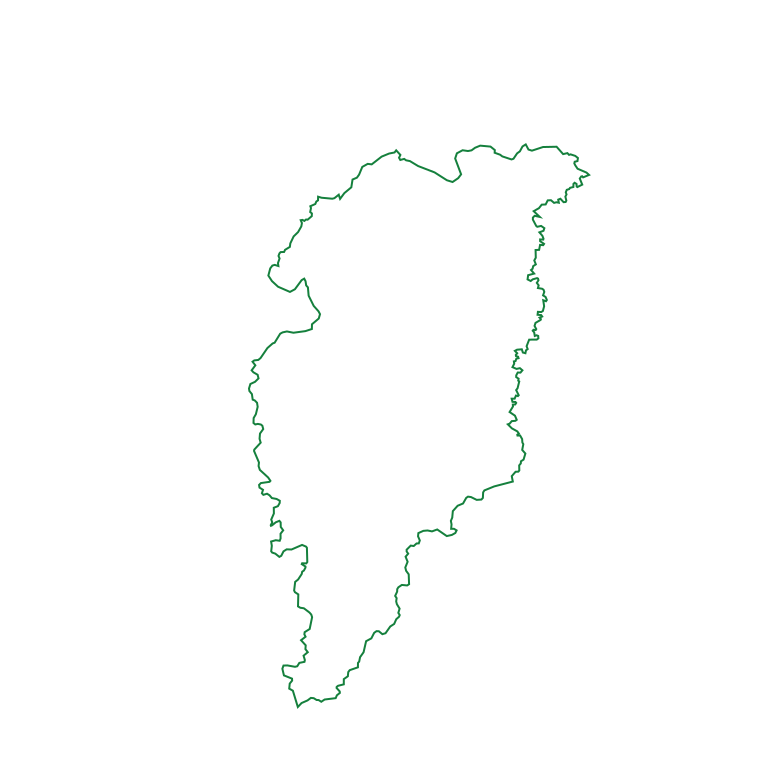 Soavinandriana, Itasy, Madagascar (Albers equal-area conic projection), rotated 312°
{"feature_id": "10022922B59328070281510", "entity_name": "Soavinandriana", "entity_type": "district", "adm_level": 2, "iso_a3": "MDG", "parent_name": "Madagascar", "parent_adm1": "Itasy", "projection": "albers", "projection_center": [46.563, -19.219], "detail": "fine", "context": "isolated", "style": "outline", "palette": "green", "viewbox_px": 768, "rotation_deg": 312, "n_neighbors": 0, "source": "geoboundaries", "source_scale": "gbopen_adm2", "svg_char_len": 6160}
<svg xmlns="http://www.w3.org/2000/svg" viewBox="0 0 768 768"><g transform="rotate(312 384 384)"><path d="M681.7,376.9L681.5,373.5L679.5,369.0L678.1,368.2L678.3,365.8L674.7,363.3L675.8,353.5L666.5,343.6L656.4,337.8L654.9,334.5L656.9,329.0L653.2,328.0L647.8,329.3L644.5,328.6L638.0,329.5L636.2,328.5L632.3,319.6L632.1,316.9L629.9,311.5L632.0,309.8L631.7,304.3L625.5,296.0L620.5,293.6L616.2,292.7L613.3,290.5L610.3,286.0L604.2,283.8L599.2,286.0L591.4,301.0L586.6,301.4L580.0,299.8L577.5,294.4L575.1,280.0L568.8,263.5L567.0,254.1L565.0,250.7L564.8,248.4L561.4,246.2L562.2,243.8L565.2,242.9L565.8,236.7L563.1,236.9L558.7,233.6L551.4,230.1L539.0,227.9L536.7,224.6L530.8,222.6L522.9,225.4L519.2,225.8L514.9,223.8L508.3,228.1L499.3,226.8L492.2,227.5L494.4,223.7L488.9,222.8L487.1,221.6L480.6,212.9L479.1,209.7L476.3,212.1L474.3,211.6L471.8,212.5L466.8,210.3L465.9,212.0L462.4,214.1L462.5,216.3L460.4,218.0L455.0,217.3L454.1,216.0L451.9,215.7L451.4,213.6L450.0,212.5L448.7,215.3L445.8,217.1L439.4,218.5L433.2,218.1L425.8,220.3L422.9,222.3L417.5,220.7L415.3,221.4L412.8,218.9L411.1,218.9L408.6,219.9L407.4,222.4L402.9,224.3L401.0,226.6L399.4,223.1L397.3,221.8L393.8,222.1L387.2,225.5L385.5,231.9L385.4,240.2L389.5,252.5L394.8,254.4L406.1,253.3L408.9,254.2L407.9,256.9L405.2,260.2L404.9,262.8L399.2,268.9L395.0,279.5L394.2,286.7L393.1,289.7L389.0,291.7L380.2,290.5L376.6,293.6L370.7,290.2L361.5,282.4L358.1,276.7L354.5,274.1L351.9,273.2L341.5,275.1L339.6,274.1L332.7,273.3L320.7,274.9L317.8,274.5L314.7,271.8L312.6,271.4L311.8,275.9L305.6,276.5L305.3,279.1L306.3,283.9L304.2,287.0L299.3,286.7L294.6,284.7L290.3,286.7L288.7,288.7L288.1,292.6L284.5,296.9L285.3,298.9L285.1,302.2L282.5,305.4L275.8,309.0L271.5,309.9L267.7,313.1L267.8,315.4L269.9,316.9L271.5,319.6L271.6,321.5L269.7,324.4L264.2,325.0L260.0,328.2L257.9,331.6L248.5,331.5L247.3,332.2L242.0,343.6L239.1,345.7L237.1,349.2L237.0,360.5L236.0,364.4L234.7,364.4L228.0,358.8L225.4,358.7L223.7,360.8L224.4,364.9L221.1,366.4L220.9,368.5L224.2,370.5L224.7,373.4L224.2,377.0L226.7,381.1L227.5,384.7L225.8,386.1L222.2,386.9L218.3,384.9L214.1,388.8L207.8,390.9L206.4,393.5L203.3,394.3L203.0,394.9L204.1,395.4L208.8,396.1L212.3,397.8L212.0,399.8L208.7,402.9L207.8,407.0L203.5,407.3L200.0,410.5L197.7,411.4L195.5,408.1L191.4,405.5L188.7,408.9L184.2,412.1L183.9,413.7L185.2,416.7L185.5,421.9L187.6,422.6L192.4,421.3L196.0,422.3L199.1,426.0L209.6,430.8L211.0,434.9L210.7,436.3L200.4,446.1L198.7,446.3L196.0,443.1L195.1,443.4L195.8,447.8L195.0,448.5L191.8,449.3L189.8,448.8L187.7,450.0L181.2,451.0L177.5,450.4L170.4,455.4L169.7,457.1L170.3,461.1L161.2,468.9L161.7,471.5L163.7,474.5L164.3,481.5L164.0,484.2L162.6,486.6L152.2,492.7L146.5,491.1L144.7,492.3L143.7,494.8L138.1,493.8L137.4,500.7L134.4,503.0L133.7,506.8L128.3,506.0L125.9,509.9L124.3,510.8L120.1,507.7L116.2,508.4L114.3,507.1L110.2,500.5L107.5,497.7L104.4,499.0L100.5,504.6L103.5,512.8L102.1,514.2L98.3,514.4L94.2,517.4L95.1,521.5L86.3,536.1L91.7,536.2L97.7,538.9L101.8,539.7L103.5,542.0L104.1,545.4L105.4,546.9L105.9,550.0L109.8,551.0L118.2,558.3L121.1,557.3L124.9,557.9L125.9,556.8L126.4,552.1L127.3,551.5L129.0,551.8L133.9,555.1L137.8,551.6L142.6,552.7L146.0,550.2L148.4,550.0L156.0,554.2L159.3,551.3L161.1,551.3L165.0,549.0L171.0,548.3L180.9,542.8L186.5,544.8L192.5,543.2L195.3,543.8L196.8,545.6L197.0,550.2L199.8,551.9L208.0,550.9L212.5,552.1L217.4,550.5L221.1,550.9L222.8,550.3L223.5,547.8L227.5,545.9L229.0,540.9L230.6,538.5L233.3,536.7L234.0,534.1L238.5,532.7L240.4,531.1L242.5,530.7L246.6,531.7L249.8,536.0L252.0,536.6L259.1,529.7L260.0,525.4L261.9,522.6L267.7,520.5L270.1,515.6L274.1,515.5L274.7,512.9L276.0,511.7L281.8,512.0L283.5,514.5L287.3,514.9L288.8,516.5L291.7,515.3L293.6,511.2L296.2,509.3L301.2,511.5L304.3,514.4L306.6,518.3L311.5,520.9L313.0,532.4L317.2,535.4L321.0,536.7L323.8,535.9L323.2,532.9L321.3,530.8L324.9,528.1L327.0,525.3L330.4,524.1L335.6,520.2L342.8,520.2L348.1,522.7L354.4,521.3L356.5,521.8L358.2,524.3L359.9,530.4L363.3,533.7L365.5,533.7L369.8,530.2L372.1,529.8L381.6,534.4L397.7,545.0L401.0,540.6L406.8,540.5L408.8,542.5L410.3,542.4L414.0,538.9L416.5,538.8L418.2,537.5L421.2,538.3L426.9,535.6L427.5,530.8L432.5,527.8L433.1,526.0L435.5,523.5L436.8,519.6L435.0,517.7L435.5,517.0L437.4,517.4L438.0,514.8L436.6,508.7L436.9,503.0L438.6,503.9L441.9,503.8L444.6,506.3L446.2,506.6L448.1,502.5L447.2,496.1L453.6,494.9L454.9,493.5L456.6,495.2L458.4,494.9L458.6,493.7L456.7,491.4L458.5,488.7L460.5,490.9L463.7,489.8L464.6,491.6L465.8,491.6L467.9,486.3L470.2,486.1L476.4,482.8L476.3,481.5L478.0,480.5L477.6,477.6L478.9,476.5L482.0,475.7L483.8,477.8L486.8,477.7L486.7,474.4L483.9,472.4L482.5,468.2L486.2,467.2L487.7,465.4L489.0,466.4L491.4,465.4L493.2,466.7L494.0,465.4L493.1,463.4L493.8,462.5L496.0,462.4L496.2,459.1L498.5,459.9L502.0,463.2L500.3,466.1L501.5,468.5L504.0,467.0L506.1,467.4L507.5,464.7L514.1,462.2L519.2,467.8L521.2,468.2L522.9,466.4L522.3,464.8L520.6,463.9L522.9,461.0L523.1,458.9L524.3,458.8L525.6,460.6L526.7,460.4L527.9,457.0L530.8,455.7L536.5,457.5L537.2,457.2L537.4,455.2L540.0,456.4L540.4,454.7L538.2,451.8L540.6,450.1L542.7,452.7L544.6,453.2L548.9,451.0L552.8,446.3L553.9,449.0L555.4,448.8L556.8,445.8L556.3,442.9L559.7,441.5L560.8,439.5L560.6,437.8L558.3,434.2L560.8,432.9L561.4,429.9L564.4,429.4L565.4,428.0L565.1,426.9L561.3,424.5L558.7,424.1L557.8,420.7L561.3,418.3L566.5,421.7L567.1,417.0L569.1,417.3L571.4,416.0L574.5,416.8L576.4,413.0L579.4,412.3L585.0,407.0L587.5,409.5L591.8,406.9L593.7,409.4L595.2,409.2L594.6,404.5L595.9,403.3L597.9,405.7L598.7,405.3L600.1,402.6L600.7,398.0L604.6,400.0L607.1,398.9L606.6,395.0L603.4,392.7L603.3,391.4L605.8,384.6L607.3,383.3L609.8,383.4L612.4,388.0L612.6,379.6L618.4,381.5L622.8,381.2L625.6,384.0L630.0,382.8L632.3,385.1L632.4,389.2L634.4,390.5L635.7,392.6L637.6,390.1L639.7,391.1L639.3,395.8L640.8,397.2L642.3,396.8L644.6,393.4L647.0,392.8L648.1,390.8L650.6,389.9L652.8,391.2L654.3,391.0L657.1,392.9L659.5,390.9L661.1,391.0L661.5,393.2L659.7,395.0L659.7,395.9L664.8,397.9L667.7,392.0L670.2,391.7L671.0,392.3L670.8,393.7L676.6,396.5L676.6,393.0L673.5,383.8L674.5,379.8L675.3,377.8L676.8,377.0L679.1,378.6L681.7,376.9Z" fill="none" stroke="#15803d" stroke-width="2"/></g></svg>